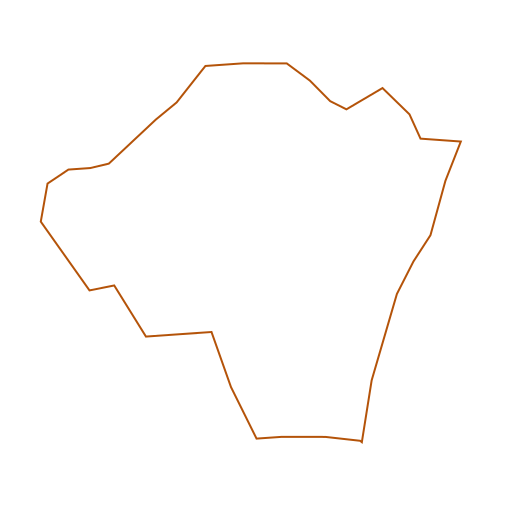 outline of Yeongdeungpo-gu, Seoul, South Korea, rotated 86°
{"feature_id": "91817680B5490200958143", "entity_name": "Yeongdeungpo-gu", "entity_type": "district", "adm_level": 2, "iso_a3": "KOR", "parent_name": "South Korea", "parent_adm1": "Seoul", "projection": "mercator", "projection_center": [126.915, 37.511], "detail": "fine", "context": "isolated", "style": "outline", "palette": "amber", "viewbox_px": 512, "rotation_deg": 86, "n_neighbors": 0, "source": "geoboundaries", "source_scale": "gbopen_adm2", "svg_char_len": 560}
<svg xmlns="http://www.w3.org/2000/svg" viewBox="0 0 512 512"><g transform="rotate(86 256 256)"><path d="M449.1,163.4L388.1,149.3L303.7,118.1L272.4,99.3L247.4,80.5L194.2,61.8L156.1,43.7L150.4,83.7L125.4,93.0L97.3,118.1L116.0,155.6L106.7,171.2L84.8,190.0L66.0,211.9L62.9,255.7L62.9,293.2L67.7,297.6L97.3,324.5L112.9,346.4L153.6,396.4L156.7,415.2L156.7,437.1L169.2,458.9L206.7,468.3L278.7,424.5L275.5,399.5L328.7,371.4L328.7,305.7L385.0,290.1L438.2,268.2L438.2,243.2L441.3,199.4L447.6,165.0L449.1,163.4Z" fill="none" stroke="#b45309" stroke-width="2"/></g></svg>